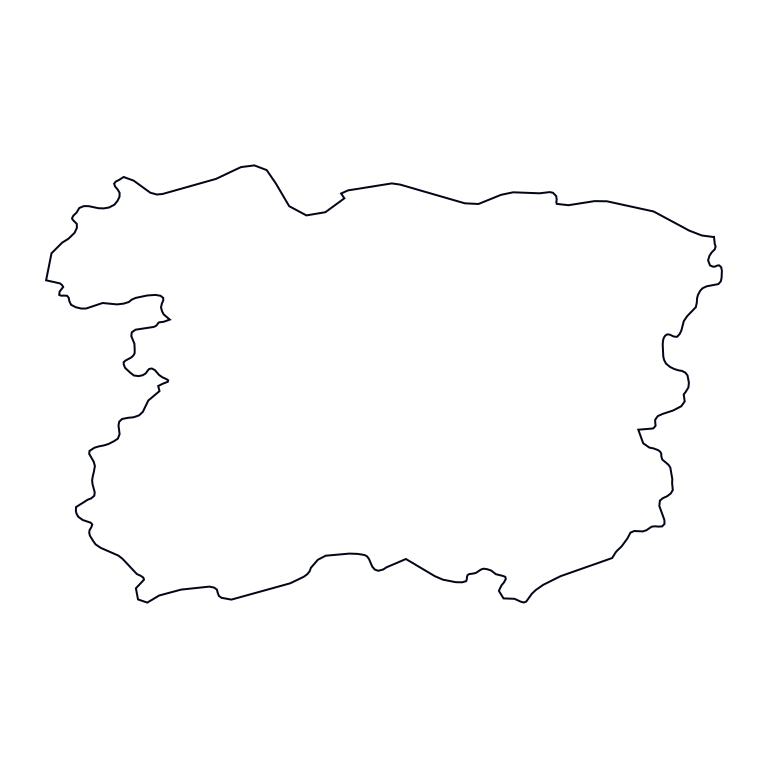 the border of Šiauliai
{"feature_id": "LTU-1072", "entity_name": "Šiauliai", "entity_type": "County", "adm_level": 1, "iso_a3": "LTU", "parent_name": "Lithuania", "parent_adm1": "", "projection": "equal_earth", "projection_center": [23.21, 55.943], "detail": "fine", "context": "isolated", "style": "outline", "palette": "ink", "viewbox_px": 768, "rotation_deg": 0, "n_neighbors": 0, "source": "natural_earth", "source_scale": "10m", "svg_char_len": 4127}
<svg xmlns="http://www.w3.org/2000/svg" viewBox="0 0 768 768"><path d="M254.4,165.4L266.7,170.1L275.8,183.4L289.2,206.2L306.4,215.4L325.4,212.2L344.4,198.3L341.1,193.5L348.0,190.4L391.8,183.4L400.2,184.6L425.7,192.0L464.8,203.3L478.4,204.0L501.1,194.8L513.2,192.3L539.5,193.3L549.8,192.1L553.0,192.8L556.2,196.1L556.7,199.5L556.3,202.4L556.8,203.9L568.5,205.2L594.6,201.1L607.0,201.3L612.0,202.4L653.7,211.5L689.2,230.6L701.9,235.5L713.4,237.0L714.0,236.9L714.8,244.2L715.6,246.4L714.8,249.3L711.7,252.4L709.4,255.9L708.1,260.4L710.0,265.4L712.8,266.6L714.7,266.7L717.5,265.5L719.3,265.4L721.2,267.3L721.9,270.7L721.6,277.7L720.8,281.4L718.3,284.1L706.7,286.3L702.8,288.1L700.3,290.6L698.0,294.8L697.1,298.1L696.8,302.7L695.8,307.2L687.2,316.1L683.8,321.1L681.4,330.4L679.6,334.1L677.1,336.8L674.9,336.7L673.2,336.3L670.8,335.1L668.8,334.4L666.9,334.5L665.2,335.7L664.1,337.3L663.3,339.3L662.9,341.7L662.7,344.5L663.3,356.8L664.2,360.2L666.0,363.6L670.0,366.9L674.0,368.9L678.3,370.3L681.9,370.9L685.3,372.6L687.5,375.4L688.9,382.7L688.4,387.5L685.5,392.2L683.7,394.4L684.7,401.4L681.3,406.2L673.1,410.5L662.7,413.9L657.8,416.1L655.2,419.7L655.2,422.6L655.6,425.6L654.1,427.6L652.9,428.5L638.3,429.7L643.2,443.3L649.4,447.6L653.5,448.4L658.3,450.2L660.4,452.0L661.3,453.9L661.3,456.2L662.3,459.6L668.4,464.7L670.3,467.5L672.3,479.1L672.1,483.0L672.8,490.0L670.8,493.4L667.2,496.2L663.0,498.1L659.9,500.6L659.3,505.9L664.4,520.0L664.5,523.9L662.1,526.4L658.5,526.6L654.8,526.3L651.6,526.7L646.3,530.3L642.7,531.4L634.3,531.0L630.5,532.6L627.3,538.6L621.6,546.4L617.2,550.6L615.7,552.3L612.2,558.0L560.5,576.2L543.1,584.9L535.7,590.1L531.9,593.7L526.2,601.6L523.7,602.5L520.6,601.6L514.5,598.8L503.5,598.4L498.9,590.9L499.9,588.6L501.6,585.2L503.9,582.5L505.8,579.0L505.3,576.9L503.2,576.0L495.9,574.2L491.1,570.5L487.1,569.2L483.9,568.7L481.5,569.3L479.8,570.3L478.1,571.5L475.9,572.9L473.6,573.5L469.2,574.1L467.6,575.1L467.1,576.4L466.8,579.1L466.2,581.1L462.3,582.3L455.9,582.2L443.0,579.7L434.7,576.1L405.9,559.0L386.5,567.3L383.2,569.5L378.2,570.8L374.7,569.5L372.2,566.5L369.0,559.0L367.1,556.4L364.5,555.0L357.7,553.9L349.4,553.6L325.7,555.7L317.8,559.8L310.9,567.8L309.6,571.4L307.3,574.2L303.9,576.7L290.2,583.3L231.4,599.6L221.5,597.8L218.9,595.9L217.8,593.1L216.9,589.6L214.2,587.6L209.4,586.6L181.1,589.6L159.2,595.5L147.3,602.6L138.0,599.4L135.9,588.3L144.0,579.7L143.3,577.6L140.7,575.8L136.8,574.0L122.5,558.8L118.4,555.6L100.8,547.9L95.6,544.4L93.1,540.9L89.9,535.7L89.2,532.7L89.6,530.0L91.2,527.5L92.3,524.5L90.7,522.7L82.7,520.0L78.3,516.8L76.5,513.6L75.9,511.2L76.0,507.1L87.9,499.6L91.2,498.4L94.3,495.7L94.7,492.2L92.6,484.5L92.1,480.7L92.7,476.6L93.8,472.1L94.9,466.0L93.7,461.7L89.2,453.9L89.5,450.9L94.5,447.7L98.8,446.4L104.0,445.4L108.5,444.0L114.0,441.2L117.9,438.6L119.6,434.1L118.5,425.5L119.2,421.7L122.1,419.0L128.1,417.8L133.4,417.3L139.0,415.4L142.8,411.9L148.3,400.5L159.5,391.1L158.2,386.0L162.8,383.7L167.8,381.8L168.2,380.3L166.2,379.0L162.4,377.3L159.1,375.0L154.9,370.1L151.8,368.5L149.1,369.0L147.5,370.9L145.8,373.3L142.8,375.2L138.8,376.1L133.9,375.5L130.4,372.8L125.1,367.9L123.7,364.4L123.7,362.1L125.6,360.5L131.2,357.5L133.2,355.7L134.6,353.4L134.7,349.7L134.4,343.7L131.3,336.1L131.8,332.3L135.5,329.7L153.3,327.0L155.0,326.4L156.5,325.5L158.2,323.1L158.9,322.4L163.6,321.8L169.8,319.6L163.7,314.4L162.1,311.4L161.0,307.5L161.8,303.8L163.3,300.3L163.2,297.9L160.5,295.8L155.5,294.9L147.1,295.5L135.7,297.9L131.8,299.6L128.8,302.0L123.8,303.6L117.0,304.4L102.6,303.0L86.1,308.5L81.0,308.5L75.7,307.2L71.1,304.8L69.3,301.1L68.7,297.8L67.1,295.8L64.3,295.6L61.1,295.7L59.2,294.9L59.6,291.6L63.2,287.0L62.0,285.0L60.0,283.4L46.1,280.3L51.5,253.3L62.2,242.6L68.5,238.7L74.6,232.8L76.9,227.8L76.8,223.9L72.8,219.9L72.0,218.3L73.4,215.6L76.5,212.7L79.3,208.0L83.8,206.1L88.4,206.1L98.4,208.2L103.8,208.4L109.0,207.5L114.4,204.7L117.5,200.9L119.5,196.8L119.6,192.8L117.5,189.3L115.1,186.5L114.1,183.6L116.0,181.4L118.8,180.1L123.6,177.0L133.6,180.6L150.3,192.7L156.8,194.5L162.5,194.0L216.0,178.9L229.9,172.3L241.0,167.1L254.4,165.4Z" fill="none" stroke="#020617" stroke-width="2"/></svg>